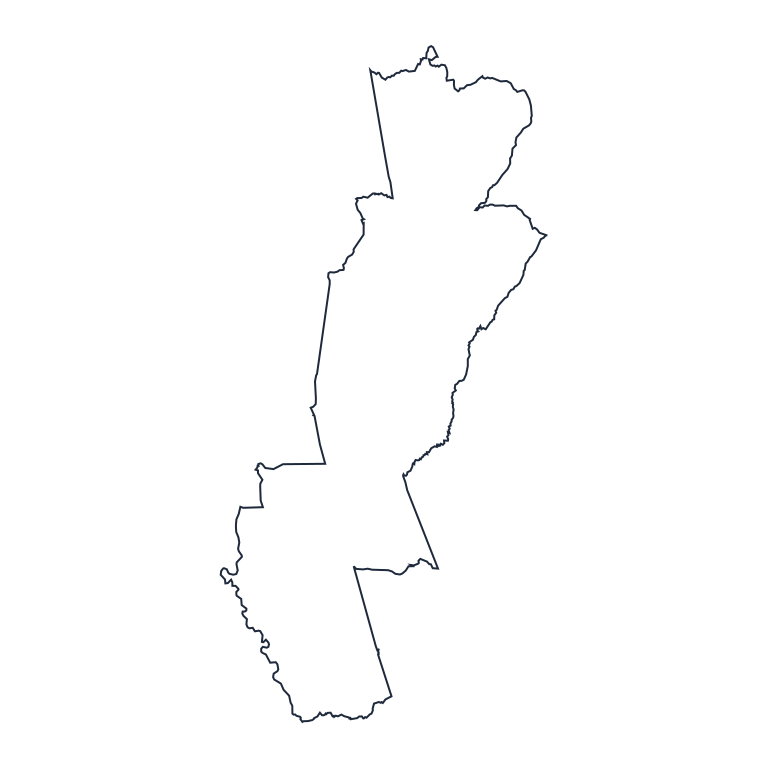 outline of Aguachica, Cesar, Colombia
{"feature_id": "7082276B33891550919089", "entity_name": "Aguachica", "entity_type": "district", "adm_level": 2, "iso_a3": "COL", "parent_name": "Colombia", "parent_adm1": "Cesar", "projection": "equal_earth", "projection_center": [-73.576, 8.248], "detail": "fine", "context": "isolated", "style": "outline", "palette": "slate", "viewbox_px": 768, "rotation_deg": 0, "n_neighbors": 0, "source": "geoboundaries", "source_scale": "gbopen_adm2", "svg_char_len": 6049}
<svg xmlns="http://www.w3.org/2000/svg" viewBox="0 0 768 768"><path d="M236.4,519.4L235.9,525.6L236.2,531.9L238.4,537.3L239.3,542.5L238.1,548.7L238.8,551.2L241.7,555.4L241.9,556.8L236.7,562.4L236.5,564.3L237.7,570.4L236.3,574.0L233.3,574.7L229.4,573.8L228.2,572.5L226.8,569.3L224.0,568.2L223.0,568.6L221.2,571.0L220.7,574.8L225.0,579.5L225.4,583.4L227.8,583.1L231.1,579.7L232.3,582.3L232.4,585.9L235.6,585.9L238.3,588.7L238.5,589.6L236.3,592.0L236.4,594.9L236.8,595.8L241.2,598.9L241.7,605.1L246.4,608.6L246.3,610.5L244.9,611.5L242.7,611.5L242.3,613.5L243.4,615.8L246.9,619.1L246.4,624.4L247.6,627.3L249.4,628.3L252.7,627.8L254.9,631.3L258.6,630.7L260.2,631.1L262.6,635.2L261.9,641.9L263.4,642.2L265.9,639.7L268.4,642.5L269.0,644.4L268.4,646.8L266.8,647.7L262.9,646.8L261.2,648.7L261.2,651.6L262.5,652.9L265.9,654.5L270.2,662.7L275.7,662.2L277.4,664.3L278.3,669.3L277.4,671.2L273.7,673.6L273.1,677.1L274.2,679.5L280.9,683.6L283.6,689.8L289.1,695.7L290.6,702.6L292.3,705.8L292.4,713.6L293.5,714.6L295.1,714.5L296.5,715.8L300.1,716.8L300.8,717.9L300.4,719.1L302.4,721.9L303.5,721.2L307.8,721.1L312.2,720.1L313.8,719.0L314.0,718.2L317.4,716.5L319.9,712.7L322.0,715.2L323.5,715.3L324.7,714.9L325.7,713.5L326.4,714.1L327.5,712.9L330.6,712.7L332.6,716.3L333.7,715.9L334.1,716.9L335.7,715.7L338.0,716.3L341.4,714.6L344.2,716.2L349.0,717.5L349.4,718.5L350.4,718.0L350.8,719.2L357.2,718.1L359.1,716.5L361.9,716.4L363.1,718.3L363.8,718.4L365.1,717.1L366.5,717.7L369.8,714.4L371.5,713.6L372.8,710.5L372.7,708.6L374.0,703.6L378.9,702.0L380.7,702.8L381.6,702.1L382.8,703.0L385.5,699.4L391.5,696.3L378.4,655.6L378.1,654.3L378.7,654.0L378.3,652.7L378.6,652.4L377.8,650.5L379.3,649.2L377.6,649.8L377.7,651.4L375.8,646.2L353.7,566.3L356.2,568.9L363.2,569.4L367.7,568.7L372.1,569.7L388.2,570.2L392.1,571.5L395.3,573.8L400.0,574.5L402.5,573.4L405.8,570.5L408.5,566.3L412.4,566.2L410.9,565.0L413.7,565.4L417.9,563.8L418.8,563.0L418.5,560.7L420.3,558.9L427.0,561.6L429.2,564.1L430.9,564.3L432.7,568.2L438.0,568.6L407.2,490.1L405.4,482.3L403.2,476.3L403.2,475.0L403.5,474.3L404.2,475.5L406.1,475.7L407.0,474.5L407.4,472.3L410.5,470.7L412.3,466.6L412.7,464.0L413.2,463.3L414.3,464.1L414.5,462.0L415.6,460.0L418.0,460.4L419.2,460.1L419.8,458.7L420.9,459.2L421.8,457.3L423.1,456.7L423.5,455.2L424.6,455.1L425.3,453.8L427.4,454.3L427.0,452.1L429.0,452.2L431.2,448.3L434.7,446.3L436.9,446.9L437.1,444.5L438.1,444.6L438.8,446.0L440.2,445.6L440.2,444.3L440.8,443.7L442.8,444.8L444.3,443.2L444.0,440.5L447.9,440.7L448.2,439.1L447.1,436.7L448.5,435.1L447.9,432.2L449.5,432.9L448.6,430.1L449.7,428.7L448.8,426.5L450.6,425.6L450.4,423.7L451.7,421.1L451.6,419.8L453.1,417.8L453.5,416.0L453.1,413.1L453.6,409.5L452.8,406.8L453.1,404.4L452.2,403.2L452.9,402.7L452.2,401.5L452.6,399.5L451.7,397.3L452.8,394.8L452.5,392.9L455.8,390.5L454.7,388.2L455.3,384.8L457.0,383.9L459.4,380.9L461.7,380.8L463.7,379.8L466.1,374.5L467.8,366.1L467.8,359.1L469.8,355.5L468.5,349.2L469.5,346.6L468.5,345.5L469.7,343.5L469.1,342.4L472.9,339.8L473.9,336.9L475.8,335.0L476.4,332.1L478.2,331.4L477.4,330.6L477.2,329.0L477.6,328.4L478.9,328.7L480.4,326.1L481.4,329.2L483.2,328.0L485.7,329.3L490.4,322.2L491.5,321.8L492.6,319.8L494.2,319.3L494.3,315.3L496.2,312.7L495.5,310.8L496.7,309.8L498.1,305.7L504.8,298.2L507.4,296.8L508.6,293.0L511.1,289.9L513.4,289.2L514.8,286.6L516.3,286.1L519.6,283.1L523.4,274.9L523.7,270.9L524.7,270.0L525.7,263.6L527.6,261.6L530.2,257.0L531.3,256.6L536.0,250.4L540.8,239.2L543.6,237.8L545.8,235.3L547.3,235.5L539.5,232.8L537.0,229.4L534.7,227.8L532.7,228.8L529.6,219.8L530.1,218.9L524.2,214.9L521.5,210.5L517.9,208.3L516.1,205.8L509.6,205.8L507.0,206.4L503.7,205.4L494.9,205.7L492.6,204.6L490.0,204.6L488.0,205.8L484.5,205.5L482.7,207.5L479.7,207.2L477.2,210.2L475.4,210.1L476.7,208.2L478.5,207.2L479.2,205.1L481.1,203.2L484.7,202.9L485.6,202.1L486.4,200.7L486.2,199.2L487.9,197.2L488.2,191.1L490.2,188.1L492.1,187.1L493.1,185.2L494.4,185.2L497.1,182.8L502.3,175.0L507.6,169.0L510.2,163.5L510.1,158.4L511.9,155.6L512.5,148.6L516.0,145.1L515.5,142.2L516.4,137.5L520.8,132.6L523.3,128.7L529.0,125.4L530.6,123.5L531.3,121.5L531.0,117.7L531.8,116.0L530.9,105.6L529.3,99.4L525.5,91.8L524.1,90.4L522.4,90.3L517.3,91.9L515.9,90.2L513.8,89.0L510.7,83.2L506.7,81.0L500.7,81.4L492.1,77.9L490.4,78.4L487.6,77.5L485.1,78.7L483.0,77.6L482.4,76.2L478.0,79.6L475.9,82.2L470.4,84.8L467.0,85.2L463.7,88.4L460.0,88.5L459.2,90.5L458.1,91.3L454.6,88.5L453.9,84.9L454.0,80.8L453.3,79.7L446.8,80.7L446.4,77.9L447.2,76.3L447.3,72.1L446.3,67.8L444.8,65.2L441.3,64.7L438.8,66.7L437.6,65.6L435.7,66.5L434.5,65.5L432.6,65.8L430.4,64.5L428.9,59.3L431.8,60.1L435.7,56.9L437.6,56.8L433.1,47.3L431.1,46.1L428.6,47.5L427.8,51.0L426.6,52.8L426.2,58.3L423.1,58.0L422.5,59.6L420.8,59.2L421.0,60.9L419.8,64.4L418.1,64.0L414.8,70.9L408.9,71.6L406.0,70.0L402.4,71.1L401.2,70.7L399.3,72.8L396.8,72.9L394.7,74.3L393.7,75.8L392.0,75.6L390.2,77.3L388.7,77.0L387.2,77.6L385.4,79.7L381.8,77.6L379.1,73.0L378.0,72.7L376.4,74.2L374.4,72.5L371.5,71.6L370.3,70.2L384.8,154.8L388.7,176.7L390.4,182.1L392.7,198.3L390.8,198.0L389.3,196.6L387.5,197.1L386.5,194.9L384.3,195.4L381.2,193.2L378.9,194.5L378.2,193.8L377.2,194.2L375.7,193.6L375.0,194.3L374.2,193.4L372.7,193.6L367.6,197.7L363.3,196.7L361.5,198.0L357.2,198.1L356.1,198.9L357.6,200.4L356.0,203.8L357.7,209.8L360.4,213.1L362.7,218.4L363.9,219.2L361.5,220.1L362.9,223.5L363.7,223.1L363.6,234.6L353.6,249.3L353.7,251.9L352.1,254.6L348.1,256.9L346.9,258.6L345.4,262.9L343.1,264.9L343.9,268.2L343.5,269.9L339.5,270.2L337.4,271.7L334.1,272.5L330.1,272.2L328.5,273.2L328.1,277.1L329.7,280.4L329.7,284.1L317.0,374.0L316.2,375.2L315.0,381.4L315.9,398.5L315.7,404.1L313.3,406.7L310.7,407.7L313.8,414.4L313.4,415.2L314.2,415.3L314.5,415.8L314.6,416.3L319.9,444.4L325.2,463.8L283.0,464.2L273.5,469.1L265.3,468.0L262.4,464.3L260.6,463.3L258.3,464.1L258.5,465.9L257.6,465.8L257.4,467.5L255.6,469.7L258.0,470.5L258.0,473.2L262.4,479.8L260.3,483.7L260.2,486.7L260.7,500.6L262.9,507.2L243.2,507.8L240.4,506.8L238.7,514.1L236.4,519.4Z" fill="none" stroke="#1e293b" stroke-width="2"/></svg>